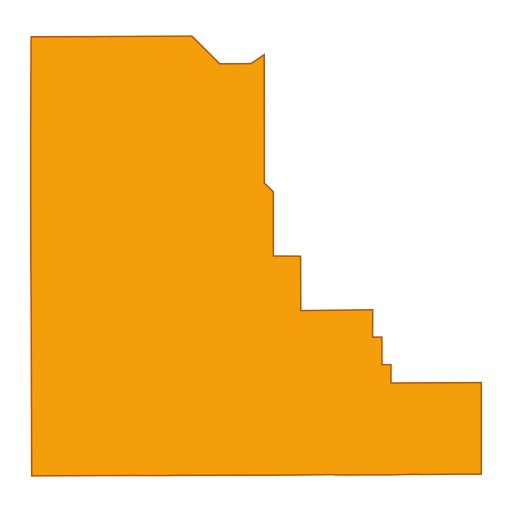 Walthall, Mississippi, United States of America (Robinson projection)
{"feature_id": "52423323B48551637922403", "entity_name": "Walthall", "entity_type": "district", "adm_level": 2, "iso_a3": "USA", "parent_name": "United States of America", "parent_adm1": "Mississippi", "projection": "robinson", "projection_center": [-90.045, 31.176], "detail": "fine", "context": "isolated", "style": "filled", "palette": "amber", "viewbox_px": 512, "rotation_deg": 0, "n_neighbors": 0, "source": "geoboundaries", "source_scale": "gbopen_adm2", "svg_char_len": 622}
<svg xmlns="http://www.w3.org/2000/svg" viewBox="0 0 512 512"><path d="M264.2,54.7L250.9,63.7L219.7,63.8L191.9,36.1L48.6,36.8L31.1,36.8L30.7,136.0L30.7,146.7L30.8,256.0L31.1,291.9L31.7,475.9L100.9,475.6L132.4,475.5L132.8,475.5L167.7,475.6L170.9,475.4L253.3,475.2L275.8,475.2L283.6,475.1L301.5,475.0L333.2,474.6L336.0,475.0L384.4,474.9L388.7,474.9L415.9,474.3L421.0,474.5L459.0,474.1L481.3,474.2L481.3,382.6L391.0,383.0L391.0,364.6L381.9,364.7L381.9,337.1L372.6,337.1L372.7,309.8L300.8,310.6L300.6,256.2L273.3,256.0L273.3,191.8L264.3,183.0L264.3,135.3L264.2,54.7Z" fill="#f59e0b" stroke="#b45309" stroke-width="1.5"/></svg>